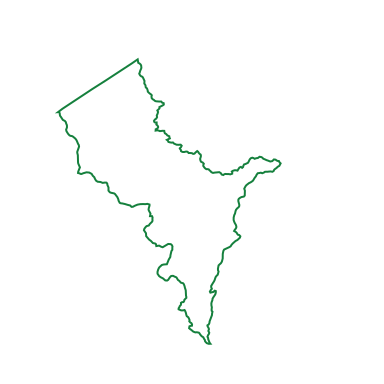 Encruzilhada, Bahia, Brazil, rotated 62°
{"feature_id": "56859067B66592424293928", "entity_name": "Encruzilhada", "entity_type": "district", "adm_level": 2, "iso_a3": "BRA", "parent_name": "Brazil", "parent_adm1": "Bahia", "projection": "robinson", "projection_center": [-40.923, -15.536], "detail": "fine", "context": "isolated", "style": "outline", "palette": "green", "viewbox_px": 384, "rotation_deg": 62, "n_neighbors": 0, "source": "geoboundaries", "source_scale": "gbopen_adm2", "svg_char_len": 6096}
<svg xmlns="http://www.w3.org/2000/svg" viewBox="0 0 384 384"><g transform="rotate(62 192 192)"><path d="M49.4,177.7L50.2,184.7L53.0,215.3L54.3,231.8L57.7,267.3L58.6,272.8L59.1,271.7L60.5,271.9L61.7,272.4L62.8,272.7L64.1,272.5L67.6,272.2L69.6,270.9L71.1,270.6L72.7,271.0L73.7,271.0L74.8,271.3L76.3,272.1L77.9,273.9L79.4,274.3L82.4,274.1L84.4,273.6L85.3,273.0L86.3,271.7L87.2,271.1L89.9,270.0L91.4,269.7L93.0,269.7L96.0,270.0L97.3,269.9L98.9,270.4L102.6,274.4L103.5,274.9L105.9,275.5L111.5,278.3L112.8,278.9L113.8,279.1L117.6,279.4L120.6,282.9L121.7,283.7L122.7,282.6L123.6,282.0L124.2,281.1L124.4,279.1L125.1,275.9L126.6,273.6L128.9,272.1L131.0,272.0L133.2,271.3L134.5,271.5L136.9,271.4L138.6,270.5L140.2,268.1L142.0,266.6L142.8,264.4L143.6,263.1L144.8,262.9L146.1,263.4L148.8,263.6L151.6,265.1L153.6,264.7L154.6,263.9L156.7,261.4L157.7,260.9L161.6,260.3L163.9,260.5L165.2,260.9L167.6,260.9L168.6,260.1L169.3,259.0L171.1,256.9L173.1,254.9L174.9,252.9L176.7,252.4L177.3,251.1L177.3,248.8L177.6,246.0L178.4,243.5L179.4,241.4L180.9,238.7L181.5,237.0L183.1,235.4L184.1,235.9L185.8,237.6L187.1,238.6L188.0,238.8L191.6,238.8L193.6,240.4L194.6,238.6L196.0,238.8L197.2,239.6L198.9,240.4L199.5,241.2L200.4,244.2L201.3,245.9L200.8,248.1L201.1,249.2L202.0,251.2L203.2,252.4L206.8,252.0L209.5,253.2L213.9,252.2L216.0,251.2L218.7,250.5L220.2,248.7L221.2,248.3L223.0,248.9L223.9,246.2L225.9,244.9L227.0,243.8L226.7,237.4L228.1,235.2L229.5,234.7L230.9,234.8L231.9,235.5L233.8,236.5L234.5,237.9L237.6,240.6L239.2,241.7L240.7,244.2L244.0,248.1L242.7,251.1L242.3,252.9L243.1,256.0L243.6,257.0L244.8,258.5L246.4,260.0L248.0,260.8L250.8,260.5L252.5,259.7L254.6,258.2L257.5,257.1L258.5,255.6L258.4,254.3L256.9,251.5L256.4,249.9L256.8,248.7L257.4,247.8L258.5,247.2L259.4,246.3L260.3,245.8L263.0,245.7L264.6,244.9L266.8,244.4L268.4,242.7L269.6,242.5L271.8,242.8L273.1,243.2L274.4,243.4L275.9,243.7L280.8,246.0L281.8,246.2L282.8,246.7L283.2,248.1L283.6,249.3L284.5,250.0L285.2,251.2L284.6,252.5L284.7,253.8L285.6,254.2L286.5,254.9L287.0,256.4L287.8,257.3L288.4,258.4L289.3,258.9L291.5,257.1L292.3,255.6L292.7,254.0L294.0,253.9L296.1,254.2L297.8,254.7L299.2,254.9L300.8,254.1L302.5,254.1L304.0,254.3L304.9,255.1L306.3,254.8L307.5,254.1L308.9,254.1L310.0,254.8L309.5,256.2L309.4,257.3L310.9,258.5L312.2,258.0L313.6,257.3L315.9,256.4L317.5,255.0L318.1,253.6L319.4,252.0L320.4,251.7L321.5,251.7L323.8,251.2L325.6,250.2L327.3,250.3L328.6,250.1L329.7,250.5L330.7,250.4L332.4,249.9L333.9,248.5L334.6,247.0L333.5,247.2L332.2,247.1L329.7,246.8L328.4,246.3L327.1,246.3L326.0,245.1L325.2,243.6L324.3,242.8L322.4,242.8L321.0,241.4L319.6,241.2L318.0,241.3L317.0,241.0L316.8,239.4L315.8,238.1L314.5,237.2L310.1,232.2L308.7,231.3L307.3,230.1L306.1,230.4L304.9,229.8L303.1,228.6L301.3,228.1L299.6,227.3L298.5,226.4L297.1,224.8L295.8,223.9L295.0,222.6L293.4,219.6L292.4,218.6L291.5,217.9L290.6,217.5L289.8,218.3L290.3,219.9L289.5,223.0L288.4,223.0L287.5,221.7L286.8,219.9L285.3,219.8L284.0,219.2L282.4,216.6L281.4,214.8L280.6,213.6L278.3,211.2L277.6,209.8L277.1,208.1L274.7,205.9L273.3,205.8L271.9,205.1L269.3,203.0L268.8,201.4L268.5,200.0L267.5,198.3L265.1,196.1L261.1,193.9L258.7,191.9L257.9,190.7L258.2,184.9L258.1,183.4L257.3,182.1L256.6,180.3L255.7,176.6L255.7,174.4L254.8,171.1L253.8,170.1L252.2,170.5L251.3,171.5L250.3,171.7L249.0,171.7L247.8,172.1L246.2,173.1L245.4,171.9L244.9,170.6L244.2,169.6L243.2,169.0L241.6,168.7L239.4,168.8L238.1,168.7L236.3,168.4L234.1,167.2L232.2,165.5L231.2,164.1L229.3,162.5L228.4,161.5L227.7,159.9L227.3,158.0L226.7,157.0L225.7,156.3L221.9,155.4L220.7,154.8L220.0,153.9L219.7,152.3L219.7,150.7L220.4,148.3L219.9,147.1L215.7,144.7L213.6,144.3L212.1,142.1L211.5,140.8L210.9,137.5L211.0,135.8L210.9,134.4L210.6,132.8L209.7,131.3L208.8,129.8L208.2,128.3L207.2,127.0L206.3,125.2L206.9,123.5L207.3,122.1L208.4,121.2L208.6,119.4L208.4,118.2L208.9,117.0L209.6,115.8L210.1,114.4L210.8,112.9L211.9,111.5L211.8,110.1L210.9,108.9L210.6,107.5L210.5,106.2L210.0,104.6L209.9,102.6L208.3,100.3L206.9,100.8L205.5,100.7L204.7,101.9L203.7,102.6L202.7,103.0L201.7,104.4L202.4,106.6L201.8,108.6L199.7,110.4L198.9,111.2L197.8,112.0L196.0,113.5L194.9,113.7L193.8,114.3L192.6,115.8L192.9,117.9L192.3,119.5L192.1,121.1L191.0,121.7L190.0,122.7L189.8,124.3L190.3,125.7L191.9,127.9L192.5,128.9L192.4,131.6L192.1,133.1L193.0,134.4L193.9,135.1L194.2,136.4L192.8,137.0L192.7,138.6L193.4,140.0L194.5,141.8L193.5,142.9L192.8,144.2L192.5,145.9L192.6,147.2L193.5,147.2L194.7,147.9L194.4,149.9L193.3,151.3L192.6,152.7L191.7,154.1L191.5,155.1L191.7,156.4L190.5,157.6L188.9,157.7L187.3,158.6L185.5,162.9L185.0,164.5L183.6,165.6L182.4,165.8L181.0,166.4L179.9,166.6L179.1,167.5L178.6,168.6L177.7,169.1L176.6,169.5L174.4,169.8L173.5,169.4L172.6,168.3L171.0,168.7L169.6,169.8L168.3,169.8L166.6,169.3L164.9,167.6L163.9,167.0L163.0,166.8L162.1,167.3L160.6,167.7L159.4,167.7L158.3,168.2L158.8,170.5L159.3,171.8L158.9,173.1L157.7,173.8L156.7,175.3L156.0,176.7L154.8,176.9L153.9,177.5L153.4,178.6L153.0,180.2L152.1,181.7L150.8,182.5L149.8,182.1L148.8,182.3L147.7,182.3L147.2,180.6L146.3,179.4L144.9,179.8L143.9,181.9L143.0,183.4L140.9,185.1L139.3,185.6L138.8,186.9L137.7,188.3L136.7,189.3L135.3,189.2L134.2,189.7L134.3,186.4L133.2,186.3L132.1,185.9L130.5,187.2L128.9,187.5L127.4,188.4L126.1,188.2L125.0,187.8L124.1,189.3L123.5,191.0L123.0,192.0L122.1,192.6L121.2,193.7L120.7,195.3L119.6,194.6L119.7,193.3L119.2,191.7L118.3,191.2L117.0,191.3L115.7,191.8L115.0,191.1L114.0,190.6L113.4,191.9L112.4,192.4L111.4,192.2L110.6,190.8L110.4,189.1L109.5,187.7L107.9,187.2L106.7,185.6L105.4,184.4L103.7,184.3L103.3,182.6L102.9,181.5L101.7,180.9L101.8,177.3L101.6,175.9L100.3,175.3L99.1,176.4L97.7,176.7L96.9,178.2L95.0,181.2L93.9,182.1L92.8,182.4L91.6,183.2L90.1,183.5L88.6,182.9L87.7,182.1L86.7,182.3L85.6,182.9L83.8,183.6L82.6,183.9L81.7,183.5L79.4,183.1L78.0,183.7L77.0,183.4L76.0,183.0L75.1,183.0L73.9,183.2L71.6,181.8L68.4,181.6L67.0,181.7L65.9,182.6L64.8,183.0L63.7,183.1L62.7,183.0L61.9,182.0L61.0,181.2L60.2,180.3L59.4,179.2L58.6,178.4L56.4,177.5L55.3,177.5L53.9,178.0L52.7,178.8L49.4,177.7Z" fill="none" stroke="#15803d" stroke-width="2"/></g></svg>